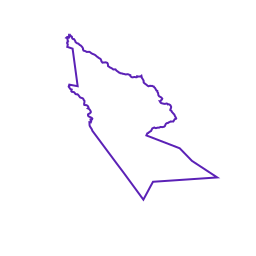 Riacho Frio, Piauí, Brazil, rotated 304°
{"feature_id": "56859067B56089462562487", "entity_name": "Riacho Frio", "entity_type": "district", "adm_level": 2, "iso_a3": "BRA", "parent_name": "Brazil", "parent_adm1": "Piauí", "projection": "equal_earth", "projection_center": [-44.706, -9.934], "detail": "fine", "context": "isolated", "style": "outline", "palette": "violet", "viewbox_px": 256, "rotation_deg": 304, "n_neighbors": 0, "source": "geoboundaries", "source_scale": "gbopen_adm2", "svg_char_len": 3398}
<svg xmlns="http://www.w3.org/2000/svg" viewBox="0 0 256 256"><g transform="rotate(304 128 128)"><path d="M136.9,229.6L136.5,199.4L138.7,188.9L140.1,182.2L132.1,147.4L133.5,147.1L134.4,147.0L135.1,147.6L135.8,147.6L136.7,148.1L137.3,148.2L138.5,148.8L139.5,148.6L141.3,148.4L142.4,149.1L143.1,149.5L143.2,150.6L143.8,151.5L144.8,152.3L145.8,153.7L147.0,154.3L148.0,156.1L149.4,157.3L150.3,157.5L152.1,157.1L152.7,157.1L153.8,157.5L154.4,158.3L155.3,158.5L156.0,159.1L157.3,159.7L157.7,160.6L158.2,161.1L158.7,161.9L159.8,161.9L161.2,161.8L161.8,162.0L162.3,162.6L162.9,162.6L163.6,161.4L164.1,160.3L165.1,158.8L165.3,157.6L165.6,156.6L165.9,155.3L166.4,154.7L166.5,153.9L166.4,153.2L167.1,152.7L168.0,152.6L169.0,152.3L169.6,152.0L170.1,151.3L170.6,150.3L170.6,149.1L170.3,148.2L169.8,147.8L170.1,147.0L169.9,146.3L169.2,145.7L168.5,144.9L168.1,144.1L167.4,142.2L167.2,141.1L167.6,140.1L167.9,139.5L168.2,140.1L169.0,139.8L169.6,139.9L170.6,140.2L171.5,140.0L171.9,138.7L171.9,137.8L171.7,136.2L172.1,135.0L172.6,134.5L173.3,133.8L173.9,133.3L174.3,132.2L175.2,131.5L175.0,130.6L175.3,129.9L175.9,128.8L176.3,128.0L176.4,126.9L176.8,126.2L176.5,125.4L176.4,124.4L175.6,123.5L175.4,122.7L174.1,121.7L174.0,120.7L174.2,118.9L174.2,117.8L174.4,115.8L174.9,115.1L175.5,114.9L176.1,114.3L176.5,113.3L177.0,112.4L177.3,111.5L178.8,109.9L178.2,109.7L177.5,109.5L177.0,108.5L176.4,107.8L176.0,106.6L175.1,106.9L174.6,106.4L173.9,104.8L173.1,104.0L172.5,103.4L172.2,102.6L172.2,101.8L172.4,100.9L173.1,100.4L172.8,99.2L172.7,98.4L172.2,97.3L171.2,96.3L170.8,95.2L170.6,94.5L170.0,93.3L169.9,92.5L169.1,91.0L169.2,90.0L168.9,89.3L169.1,88.3L169.1,86.9L169.2,86.0L169.6,84.9L168.8,83.7L168.3,83.1L168.4,82.1L168.4,81.1L168.3,80.1L168.1,79.2L168.2,78.0L168.1,77.0L168.6,76.5L169.9,75.4L170.4,74.4L170.0,72.8L169.4,72.2L168.8,71.3L167.9,70.3L168.4,68.7L169.1,68.0L169.6,67.1L169.9,66.5L169.8,65.5L169.7,64.1L169.9,63.3L169.8,62.4L170.1,60.5L170.1,59.5L169.9,58.2L169.6,57.1L169.5,55.7L169.6,54.5L169.6,53.5L168.7,52.2L168.0,51.3L167.9,50.0L167.7,49.0L167.3,47.9L167.9,46.8L168.6,46.4L169.0,45.8L169.4,45.1L169.6,44.3L169.8,43.6L170.0,42.4L169.8,41.5L170.1,40.3L170.2,39.6L169.8,38.7L169.8,37.5L169.9,36.5L170.4,35.9L171.0,34.8L171.5,33.5L171.0,32.7L171.1,31.7L171.6,31.1L172.3,30.4L172.3,29.2L172.6,28.2L171.9,28.4L171.9,27.3L171.1,27.8L170.6,28.5L170.0,28.5L170.0,27.3L169.2,26.6L168.3,26.4L168.6,27.9L167.7,28.2L167.3,28.6L166.8,29.1L166.5,29.7L165.9,29.5L165.1,30.1L164.5,29.9L164.0,30.4L163.7,31.3L162.5,31.8L162.0,32.1L161.3,32.3L162.8,37.7L134.5,62.9L130.8,54.3L130.9,55.3L130.5,55.9L129.7,55.5L129.1,55.7L128.1,58.3L128.2,59.1L128.4,59.8L126.9,60.3L126.6,61.2L127.1,62.2L127.5,63.1L127.3,64.2L126.8,65.5L127.0,66.3L127.6,67.0L127.7,67.8L127.3,69.1L127.0,70.0L126.6,71.0L126.7,71.8L127.0,72.8L127.3,73.8L127.1,74.7L126.5,75.6L126.1,76.8L124.9,77.5L123.3,78.2L122.7,78.9L123.2,79.9L123.7,80.8L123.8,81.9L123.5,83.0L122.8,83.9L121.8,83.7L122.0,84.6L121.9,85.7L121.5,86.8L120.9,87.9L120.1,88.4L118.6,88.1L117.4,87.3L116.8,87.3L116.0,87.9L115.6,88.7L116.1,92.2L115.9,93.1L115.0,93.4L114.4,92.7L114.0,92.2L113.5,92.7L113.0,93.7L111.9,94.0L111.7,93.3L111.3,92.7L110.0,93.7L108.9,94.5L108.2,95.3L107.5,96.8L106.9,98.3L106.3,99.3L105.8,99.9L92.2,138.6L88.8,148.5L77.2,180.8L86.3,179.9L91.0,179.4L93.1,179.2L97.4,178.8L108.5,193.1L114.8,201.2L136.9,229.6Z" fill="none" stroke="#5b21b6" stroke-width="2"/></g></svg>